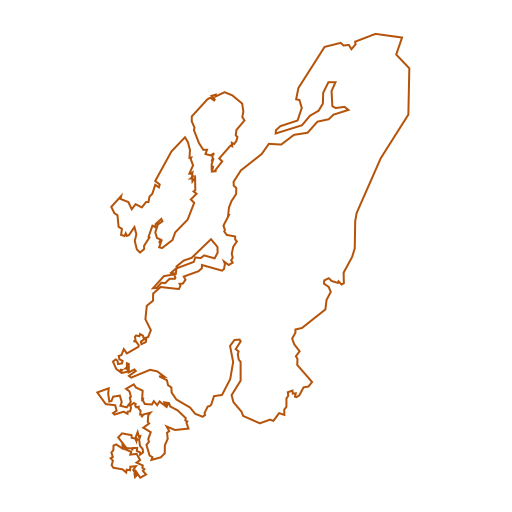 outline of Kvinnherad nor, Hordaland, Norway, rotated 354°
{"feature_id": "86288312B18833292732183", "entity_name": "Kvinnherad nor", "entity_type": "district", "adm_level": 2, "iso_a3": "NOR", "parent_name": "Norway", "parent_adm1": "Hordaland", "projection": "orthographic", "projection_center": [5.871, 59.959], "detail": "fine", "context": "isolated", "style": "outline", "palette": "amber", "viewbox_px": 512, "rotation_deg": 354, "n_neighbors": 0, "source": "geoboundaries", "source_scale": "gbopen_adm2", "svg_char_len": 6115}
<svg xmlns="http://www.w3.org/2000/svg" viewBox="0 0 512 512"><g transform="rotate(354 256 256)"><path d="M424.1,54.0L398.0,47.6L377.0,53.2L377.1,56.0L372.5,60.3L370.4,55.8L365.0,55.8L362.5,52.9L346.1,55.2L315.7,93.4L312.3,104.4L315.5,105.4L317.0,113.5L311.5,125.6L293.8,129.4L289.0,133.0L288.4,136.2L315.4,130.8L324.4,122.1L333.4,118.1L338.4,111.5L339.9,100.7L346.2,90.7L353.2,91.5L348.4,99.8L347.6,115.0L350.7,117.2L359.6,116.9L363.2,120.4L347.9,123.5L342.6,127.6L331.2,128.8L320.2,138.8L306.4,139.5L292.7,147.8L280.5,145.8L272.3,155.2L249.9,169.3L241.5,179.8L241.2,183.8L243.5,186.2L242.7,192.3L237.3,198.9L234.2,205.0L232.5,212.8L233.2,212.7L226.8,222.4L227.8,226.8L227.0,228.3L229.1,232.0L237.3,234.4L237.0,237.4L238.5,239.5L234.3,244.5L232.1,251.4L232.7,255.2L230.9,257.7L232.1,260.2L227.9,262.1L223.6,258.1L224.3,260.5L222.8,265.6L220.7,267.0L201.3,259.3L200.9,262.5L197.3,265.1L182.0,268.9L183.4,272.3L180.3,275.8L177.1,275.7L177.8,277.7L175.8,280.8L157.9,276.9L149.8,282.6L148.9,289.7L142.2,294.1L139.4,307.3L143.7,318.8L140.2,325.4L136.5,326.0L138.1,327.3L137.4,330.1L132.8,331.7L132.6,329.0L135.9,327.3L135.3,323.5L132.5,321.5L131.7,323.6L128.4,322.5L127.2,323.7L127.4,327.7L125.3,328.0L127.9,328.7L130.1,332.6L129.6,334.0L117.4,339.4L114.8,334.8L111.8,340.4L109.0,341.1L109.4,344.4L112.4,346.4L111.5,348.8L107.5,349.0L107.2,345.5L105.7,344.2L102.7,346.1L105.2,353.7L109.0,357.2L109.6,355.0L110.9,355.3L109.7,356.3L110.4,358.3L116.4,357.6L116.8,355.0L114.3,354.3L116.0,353.1L116.4,349.2L118.2,350.1L117.3,358.4L123.2,356.1L124.4,357.8L117.1,362.0L119.2,363.9L138.8,358.1L145.7,360.4L152.4,366.6L147.1,365.5L154.4,370.2L155.0,375.2L158.1,377.9L157.8,383.0L161.8,390.4L174.6,399.8L179.0,406.6L186.2,410.3L188.7,408.8L188.4,406.8L192.2,400.7L194.6,400.3L195.9,399.2L199.6,391.0L207.7,390.6L217.5,375.7L222.2,359.0L220.8,342.7L225.8,337.3L230.9,337.4L231.9,339.2L226.1,346.5L228.7,349.1L227.6,351.9L228.0,357.3L229.6,359.6L227.7,378.3L217.2,391.8L218.3,399.0L225.3,409.3L226.5,413.7L242.3,422.8L252.9,420.2L256.0,421.8L262.6,414.7L267.6,417.0L268.0,411.8L270.5,409.1L271.4,400.8L273.5,398.3L273.4,394.8L278.2,393.7L278.2,396.7L281.2,396.7L280.0,399.9L281.3,400.6L284.4,399.2L289.6,391.6L294.5,391.3L298.6,387.2L285.6,368.6L286.5,362.8L285.2,359.9L289.4,355.3L284.8,347.8L283.3,342.0L287.2,336.4L287.5,333.2L294.2,332.4L319.4,316.4L321.6,307.0L326.6,299.5L325.1,294.4L320.7,290.6L321.4,287.4L326.0,285.7L328.7,288.8L334.6,291.3L335.4,289.8L338.1,293.3L340.5,292.3L341.4,281.7L351.5,267.0L355.0,258.7L358.3,231.8L360.6,223.7L390.3,171.8L422.3,131.3L428.1,85.4L416.5,70.3L424.1,54.0ZM182.9,143.1L163.6,170.9L167.7,174.8L166.6,177.6L163.2,174.7L159.4,183.3L156.3,185.8L154.7,191.1L152.3,190.9L147.5,195.7L141.7,191.9L137.3,196.5L134.7,189.0L127.2,185.1L128.2,182.2L117.2,192.0L119.6,198.6L122.5,201.0L122.4,212.6L125.5,215.0L124.0,220.9L127.4,222.4L128.8,219.8L129.7,222.5L131.9,221.9L138.1,214.5L139.3,221.9L137.0,228.4L138.2,237.0L141.0,240.4L145.4,237.5L145.8,234.1L152.0,226.4L151.1,225.7L156.2,215.0L158.5,216.6L159.6,213.7L165.7,209.2L166.6,211.7L161.7,214.4L158.3,222.0L159.4,227.7L163.1,229.9L160.8,232.7L163.2,231.7L160.6,237.2L163.4,238.3L174.6,231.4L178.1,224.1L191.8,212.7L200.1,196.6L197.1,193.0L203.4,187.9L200.7,185.3L202.5,184.2L203.6,171.8L200.6,175.2L200.7,172.2L199.0,172.1L202.0,170.1L200.8,169.7L201.6,166.2L199.5,167.4L198.3,167.2L202.9,159.2L201.2,152.8L202.0,151.3L200.1,151.4L201.4,143.8L200.2,135.7L197.8,130.5L182.9,143.1ZM232.8,91.3L228.6,92.1L231.3,96.0L230.6,96.9L227.0,93.8L223.9,95.2L206.7,110.5L206.2,115.4L208.3,122.1L207.4,124.2L211.1,137.8L214.7,144.9L218.4,145.2L216.4,149.3L221.4,151.2L225.1,149.4L222.9,152.2L223.4,154.9L222.6,155.2L222.2,156.2L222.5,156.2L222.8,155.4L223.0,155.4L223.5,154.7L224.0,154.3L221.5,160.1L221.1,163.9L223.0,162.1L221.0,167.4L225.5,167.5L224.1,166.9L232.3,158.3L229.6,155.2L242.2,143.5L243.8,144.4L243.8,140.9L245.9,142.4L248.5,139.5L250.0,135.8L248.5,133.8L249.7,128.6L258.7,120.0L256.9,116.3L258.5,111.2L258.2,103.0L249.3,93.8L241.9,89.8L232.3,93.2L232.8,91.3ZM95.7,372.2L83.9,375.1L91.1,387.6L100.4,389.7L101.2,395.3L97.4,397.3L98.8,398.9L108.1,397.0L111.7,399.5L112.1,397.4L114.6,397.3L115.9,393.8L115.2,391.7L119.1,389.4L120.9,390.7L120.2,392.2L121.1,394.0L123.6,393.6L123.3,395.5L125.1,397.8L124.2,401.6L126.3,402.1L125.3,404.4L127.4,401.9L134.6,400.8L132.2,403.2L131.0,409.8L132.2,411.4L126.0,415.0L132.9,420.2L129.7,426.7L130.1,429.6L127.3,432.4L129.3,443.3L132.0,445.3L130.7,447.9L140.2,446.3L144.6,442.8L145.6,434.6L149.1,428.6L149.0,422.5L151.4,421.1L149.3,416.2L157.3,420.6L170.8,420.6L169.4,414.5L170.4,413.4L168.5,412.0L169.2,409.9L162.0,401.4L155.0,396.7L154.1,393.2L149.5,391.9L149.9,394.2L152.5,394.8L151.3,396.8L144.9,390.6L142.1,394.0L139.2,389.7L137.0,392.8L130.0,391.6L128.3,387.6L129.2,385.2L127.8,386.4L129.2,378.1L122.9,374.3L121.0,370.9L112.9,374.5L116.0,377.4L116.9,382.9L115.7,383.7L116.2,388.1L111.6,393.0L105.5,390.8L107.2,387.2L106.0,380.6L99.2,381.0L97.1,385.1L94.9,385.4L94.6,377.5L95.7,372.2ZM97.3,428.8L94.5,429.6L93.8,434.3L91.6,436.3L92.6,440.9L90.3,441.9L92.3,444.6L90.6,448.9L92.0,451.7L100.9,454.2L104.3,457.7L105.1,455.0L108.3,455.9L109.0,452.4L114.6,452.5L111.5,455.9L113.3,459.5L112.4,459.8L112.6,463.2L114.6,461.6L113.2,456.0L117.7,464.4L123.8,461.8L121.0,457.8L122.7,456.3L120.8,454.7L121.5,452.5L115.6,449.0L119.4,446.8L116.6,440.3L110.2,440.4L111.4,437.7L105.5,434.5L103.4,430.9L103.2,433.6L97.3,428.8ZM213.0,234.6L191.8,251.1L183.6,253.0L175.8,258.1L176.4,259.8L193.4,255.4L195.5,251.1L200.7,252.3L204.5,250.0L214.6,254.0L218.2,248.7L218.6,242.9L213.0,234.6ZM104.3,418.4L100.0,422.0L107.1,433.6L112.3,434.3L112.8,436.4L113.2,434.1L117.7,434.5L117.1,437.5L120.2,439.2L120.0,441.4L123.2,439.5L123.1,436.1L120.8,432.6L120.6,426.5L122.0,423.0L120.7,423.4L119.9,418.7L117.4,423.6L119.4,427.0L118.2,425.8L117.7,427.7L116.9,425.3L118.0,425.2L113.4,423.9L113.5,421.2L104.3,418.4ZM175.7,259.7L169.6,263.9L171.7,265.8L162.3,266.4L150.2,277.3L153.8,277.4L159.2,272.7L162.8,273.5L167.7,269.6L172.8,270.2L173.6,269.1L172.0,264.5L174.3,265.4L175.7,259.7Z" fill="none" stroke="#b45309" stroke-width="2"/></g></svg>